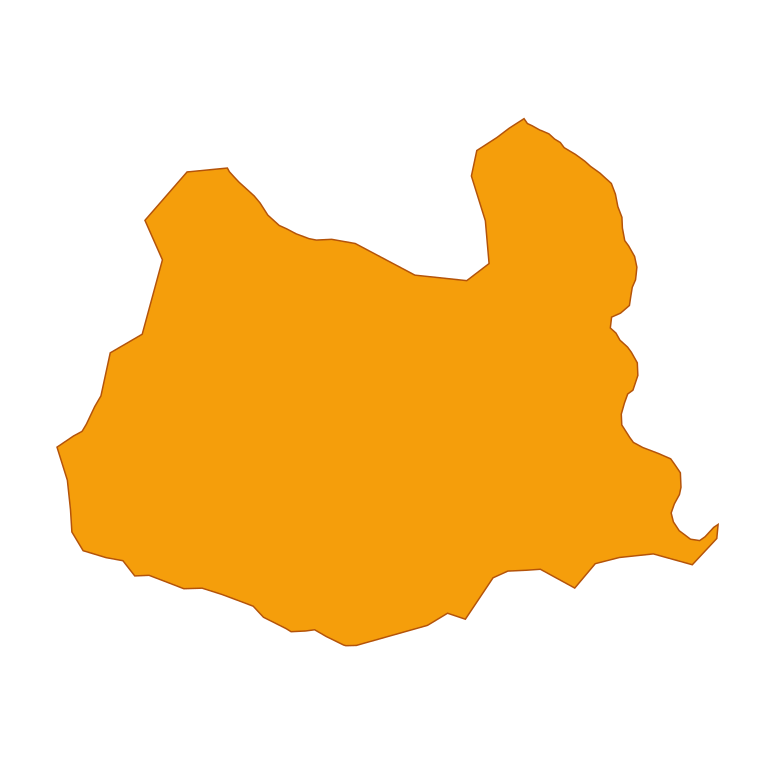 Ikwuano, Abia, Nigeria, rotated 268°
{"feature_id": "59680162B4745386112936", "entity_name": "Ikwuano", "entity_type": "district", "adm_level": 2, "iso_a3": "NGA", "parent_name": "Nigeria", "parent_adm1": "Abia", "projection": "albers", "projection_center": [7.59, 5.399], "detail": "fine", "context": "isolated", "style": "filled", "palette": "amber", "viewbox_px": 768, "rotation_deg": 268, "n_neighbors": 0, "source": "geoboundaries", "source_scale": "gbopen_adm2", "svg_char_len": 1865}
<svg xmlns="http://www.w3.org/2000/svg" viewBox="0 0 768 768"><g transform="rotate(268 384 384)"><path d="M605.3,235.0L602.8,194.6L555.9,150.8L515.8,166.9L442.2,144.1L424.7,111.5L382.0,100.7L371.5,94.1L354.3,85.2L347.8,81.0L347.1,80.4L342.9,71.9L332.3,55.0L298.9,64.2L269.3,66.3L247.0,66.9L227.9,77.5L220.2,100.1L216.5,116.9L200.9,128.2L201.0,142.5L186.4,176.8L186.3,195.1L179.5,214.2L173.2,229.5L166.5,245.5L155.1,255.4L142.9,277.7L139.7,282.5L139.9,297.0L140.8,306.1L133.7,317.4L124.5,334.6L123.8,336.8L123.7,347.3L125.7,355.3L137.7,404.5L141.3,419.1L150.0,434.7L152.7,439.5L146.1,457.1L186.5,486.2L192.7,501.2L192.9,519.4L193.4,533.8L173.4,567.5L197.1,588.9L202.4,613.2L204.8,647.2L192.6,685.8L218.0,711.2L232.0,713.0L229.2,708.5L220.1,699.5L216.5,694.0L218.2,684.9L227.1,673.9L236.1,668.4L245.1,666.5L254.1,670.0L263.2,675.4L270.4,677.2L284.9,677.1L293.8,671.5L299.2,667.9L303.7,658.5L304.5,656.9L311.5,640.4L316.9,631.2L322.2,627.6L334.8,620.2L345.6,620.1L356.5,623.6L365.5,627.2L369.2,632.6L383.7,638.0L396.3,637.9L407.1,632.3L412.4,628.7L419.6,621.3L426.8,617.6L432.1,612.1L432.5,612.2L442.9,613.8L446.6,622.9L453.9,632.0L463.0,633.7L472.0,635.5L479.3,639.0L485.2,639.9L491.9,640.8L502.7,638.9L513.3,633.4L513.5,633.3L518.9,629.6L531.5,627.7L542.3,627.6L547.0,626.0L553.1,623.9L565.7,621.9L576.5,618.2L581.8,612.7L587.2,607.2L594.3,598.0L599.6,592.5L606.8,583.3L610.2,578.0L613.9,572.3L619.2,568.6L622.8,563.1L628.2,557.6L631.7,550.3L632.3,548.7L636.9,541.1L639.3,536.4L644.3,533.2L635.3,518.1L626.3,505.3L614.1,484.9L588.8,478.6L543.6,491.0L500.7,493.2L484.4,470.3L491.7,418.7L517.2,374.4L525.4,360.2L530.4,336.8L530.4,336.0L530.2,321.4L531.9,314.1L537.2,301.3L542.5,292.1L546.1,284.8L556.8,273.8L562.4,270.5L569.3,266.4L576.5,260.8L583.7,253.4L590.8,246.1L596.3,241.3L601.5,236.9L605.3,235.0Z" fill="#f59e0b" stroke="#b45309" stroke-width="1.5"/></g></svg>